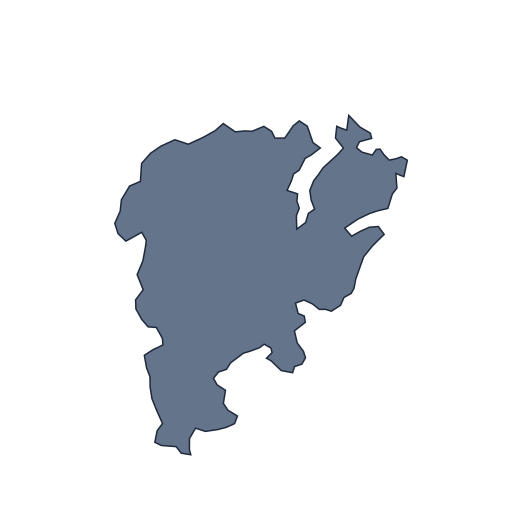 Goseong-gun, South Gyeongsang, South Korea (Equal Earth projection), rotated 331°
{"feature_id": "91817680B97433571779884", "entity_name": "Goseong-gun", "entity_type": "district", "adm_level": 2, "iso_a3": "KOR", "parent_name": "South Korea", "parent_adm1": "South Gyeongsang", "projection": "equal_earth", "projection_center": [128.32, 35.009], "detail": "fine", "context": "isolated", "style": "filled", "palette": "slate", "viewbox_px": 512, "rotation_deg": 331, "n_neighbors": 0, "source": "geoboundaries", "source_scale": "gbopen_adm2", "svg_char_len": 2154}
<svg xmlns="http://www.w3.org/2000/svg" viewBox="0 0 512 512"><g transform="rotate(331 256 256)"><path d="M143.0,214.7L141.0,230.8L129.4,236.0L125.3,244.1L125.3,256.0L127.3,265.7L134.2,270.2L134.2,282.8L131.4,288.7L120.5,288.0L110.2,288.7L106.1,300.6L104.7,310.3L99.9,319.2L95.8,330.4L94.4,341.6L93.0,357.2L84.8,360.9L77.2,369.9L81.3,375.8L93.7,384.0L95.0,392.2L102.6,398.2L103.9,393.0L109.4,383.3L119.7,377.3L126.6,384.8L138.2,389.2L147.1,391.5L156.0,392.2L162.2,387.0L156.7,377.3L156.0,369.1L164.2,358.7L159.5,349.8L159.5,342.3L167.0,339.3L175.2,340.8L182.1,337.1L197.8,334.9L204.7,336.4L214.3,337.9L220.4,337.1L224.5,343.8L223.2,348.3L215.6,350.5L218.4,355.0L222.5,368.4L231.4,375.8L236.2,371.4L243.7,372.8L249.9,369.1L251.3,362.4L249.9,352.0L253.3,340.1L267.0,337.9L269.1,331.9L265.0,326.7L267.7,316.3L276.6,317.8L282.1,325.2L285.5,333.4L291.0,336.4L295.1,340.8L299.9,340.5L306.1,340.1L310.0,337.1L312.9,334.9L313.8,334.9L321.1,334.9L325.9,331.9L326.8,330.8L332.1,324.5L341.6,316.1L345.6,312.6L349.9,308.8L362.9,303.6L366.7,302.5L369.5,301.7L378.6,299.2L377.3,289.5L369.1,285.8L359.5,285.0L349.2,285.0L347.1,274.6L362.9,273.1L375.9,273.9L384.1,275.4L394.4,278.3L405.3,267.9L412.2,264.9L418.3,251.6L423.8,258.3L434.8,245.6L431.3,239.7L425.9,238.9L419.0,236.7L417.0,229.3L416.3,222.6L412.8,221.1L406.7,224.1L399.1,216.6L396.4,210.0L401.9,206.2L414.2,209.2L415.6,204.0L409.4,193.6L405.3,178.0L396.4,189.9L392.3,185.4L389.5,181.7L382.7,191.4L384.8,204.0L375.9,207.0L357.4,211.4L349.8,215.2L343.0,218.1L334.8,224.8L331.4,233.7L330.0,243.4L322.5,244.1L315.6,250.8L304.7,252.3L310.8,240.4L317.0,235.2L318.4,227.8L322.5,221.8L314.9,213.7L323.1,207.7L328.6,202.5L335.5,201.8L340.9,198.1L346.4,194.4L353.3,194.4L364.6,192.7L360.8,184.4L363.8,167.3L359.4,158.8L351.6,160.2L338.4,166.8L329.7,162.1L330.1,154.5L325.7,146.4L313.0,145.0L306.9,141.2L298.1,137.4L291.6,124.3L281.0,126.6L267.1,126.6L251.0,125.4L241.4,115.0L226.4,113.8L213.6,115.0L200.8,119.6L191.1,134.7L179.4,133.5L165.5,141.6L159.0,150.9L148.3,159.0L146.2,169.5L149.4,179.9L167.6,179.9L167.6,189.2L163.3,195.0L154.7,205.4L143.0,214.7Z" fill="#64748b" stroke="#1e293b" stroke-width="1.5"/></g></svg>